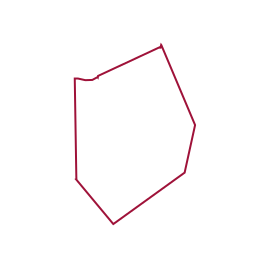 Piton Flore, Castries, Saint Lucia (Robinson projection), rotated 215°
{"feature_id": "8701671B72718235306176", "entity_name": "Piton Flore", "entity_type": "district", "adm_level": 2, "iso_a3": "LCA", "parent_name": "Saint Lucia", "parent_adm1": "Castries", "projection": "robinson", "projection_center": [-60.943, 13.965], "detail": "fine", "context": "isolated", "style": "outline", "palette": "rose", "viewbox_px": 256, "rotation_deg": 215, "n_neighbors": 0, "source": "geoboundaries", "source_scale": "gbopen_adm2", "svg_char_len": 463}
<svg xmlns="http://www.w3.org/2000/svg" viewBox="0 0 256 256"><g transform="rotate(215 128 128)"><path d="M200.0,138.0L142.5,58.6L141.9,57.8L141.0,56.6L141.2,56.2L140.8,56.1L85.0,40.9L83.8,44.1L83.2,45.9L56.4,122.8L56.0,123.9L74.7,168.8L74.9,169.0L148.2,215.0L148.5,215.1L147.2,211.7L148.2,212.6L149.5,210.4L159.5,193.1L182.4,153.5L181.8,152.2L182.1,152.3L184.8,146.9L190.4,142.7L197.4,139.8L200.0,138.0Z" fill="none" stroke="#9f1239" stroke-width="2"/></g></svg>